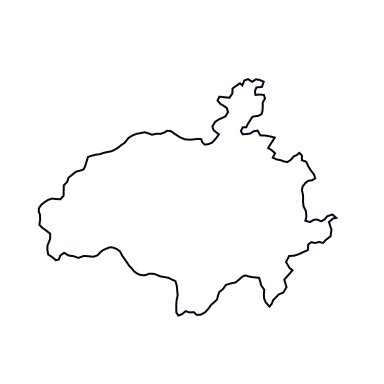 the district of Botelhos, Minas Gerais, Brazil, rotated 192°
{"feature_id": "56859067B45420528650981", "entity_name": "Botelhos", "entity_type": "district", "adm_level": 2, "iso_a3": "BRA", "parent_name": "Brazil", "parent_adm1": "Minas Gerais", "projection": "albers", "projection_center": [-46.427, -21.65], "detail": "fine", "context": "isolated", "style": "outline", "palette": "ink", "viewbox_px": 384, "rotation_deg": 192, "n_neighbors": 0, "source": "geoboundaries", "source_scale": "gbopen_adm2", "svg_char_len": 3215}
<svg xmlns="http://www.w3.org/2000/svg" viewBox="0 0 384 384"><g transform="rotate(192 192 192)"><path d="M239.1,241.5L243.1,239.7L246.8,240.3L250.8,240.6L254.8,238.8L258.4,237.3L261.9,235.0L265.4,231.6L268.0,226.2L271.3,222.8L273.5,220.0L276.1,217.5L279.3,215.1L283.1,213.5L286.8,211.8L289.8,209.9L293.9,208.5L298.1,206.4L301.1,204.5L301.5,199.2L301.9,194.7L302.8,191.5L305.8,189.7L309.6,187.8L312.6,184.2L315.8,180.2L316.2,175.9L318.8,171.9L317.7,166.1L316.8,161.7L319.3,157.5L324.1,156.8L327.8,156.4L331.3,154.2L334.5,151.0L336.8,148.1L338.4,144.4L337.8,141.0L336.0,138.3L334.8,133.6L334.5,128.2L331.0,125.9L325.8,123.6L322.0,121.6L321.0,116.4L321.7,112.8L322.2,109.4L321.5,105.5L319.7,101.0L314.2,98.8L311.0,96.9L308.2,98.3L307.6,102.5L304.5,105.9L299.2,104.2L294.3,104.6L289.4,103.9L284.5,107.0L280.0,107.6L274.8,108.2L271.2,110.5L269.2,113.9L266.9,116.7L263.3,119.3L260.5,121.0L257.0,121.2L253.3,120.4L250.0,118.9L247.0,115.1L244.2,112.6L240.9,109.5L238.0,106.7L235.5,105.1L232.0,102.2L228.3,100.7L224.4,100.1L220.4,100.9L217.0,103.1L212.7,104.0L209.5,103.7L205.7,102.9L201.7,103.0L197.3,103.2L193.5,102.2L189.7,101.4L187.4,97.2L186.0,92.7L184.5,87.7L184.5,82.6L183.9,78.2L183.0,74.1L182.2,70.8L179.6,68.3L176.3,70.4L173.5,74.1L169.3,73.7L165.2,74.8L162.0,72.8L158.1,73.7L154.3,76.9L151.6,81.4L149.8,85.7L147.2,89.0L145.2,92.0L145.0,96.1L144.5,99.9L141.4,103.7L139.6,108.1L135.5,110.4L130.4,112.7L127.4,116.6L125.2,119.6L122.5,121.5L119.4,121.2L115.9,121.2L112.4,121.6L108.5,122.0L106.4,118.1L104.8,114.9L101.0,111.4L100.4,106.8L99.4,103.0L97.0,99.4L92.4,96.0L90.7,99.4L90.2,103.0L85.9,109.8L81.8,112.6L79.8,118.6L83.5,125.5L77.4,136.3L80.9,138.1L85.5,143.1L83.7,149.6L78.7,151.0L75.4,152.9L66.6,159.3L67.4,164.8L64.9,167.7L60.9,167.7L57.3,169.6L53.2,169.4L50.9,173.3L47.3,177.4L47.7,184.0L51.8,191.1L48.6,195.3L45.6,196.7L49.9,199.2L54.6,196.5L56.6,192.7L59.6,190.2L63.9,191.1L67.0,190.2L70.4,187.1L75.1,187.4L75.1,192.2L76.7,197.1L79.8,201.0L81.4,205.6L82.0,208.9L82.9,212.4L84.8,216.4L85.0,220.3L82.8,224.6L80.6,227.2L77.1,228.4L74.3,230.9L76.3,234.5L80.6,238.1L83.7,241.5L86.6,245.4L91.1,245.9L92.1,250.6L95.2,252.6L97.2,249.9L99.8,248.1L101.9,244.2L104.9,241.1L108.2,241.0L111.4,241.5L116.3,241.5L120.1,242.4L118.8,247.2L123.2,249.7L126.7,250.8L124.9,255.8L123.6,259.0L122.4,262.4L126.4,262.6L131.7,262.5L136.9,261.6L140.6,265.7L144.5,264.1L147.2,261.2L151.2,259.9L154.5,259.0L156.9,261.8L155.8,265.8L152.4,266.6L151.4,270.5L150.1,273.9L148.7,278.0L145.8,279.3L142.9,280.3L140.2,282.6L139.9,285.9L140.5,289.8L141.4,294.2L140.1,298.6L141.7,301.8L145.7,301.5L150.1,300.2L151.4,303.5L150.8,307.6L145.4,309.4L144.8,314.8L149.2,315.7L152.9,315.5L156.0,312.3L160.6,314.1L164.1,311.8L164.9,306.7L167.7,308.3L171.2,304.6L173.9,301.6L173.0,296.7L175.0,292.0L180.2,291.4L185.0,290.9L186.1,286.8L182.5,284.0L179.5,283.1L175.4,281.4L173.4,277.5L175.0,272.9L177.9,270.7L180.7,268.7L183.9,265.5L185.7,260.3L183.9,257.2L181.0,255.5L177.7,254.0L179.0,250.9L180.8,247.5L182.4,244.7L185.7,242.3L189.4,241.0L192.2,242.7L194.0,245.6L197.3,245.2L200.7,244.0L204.2,242.9L209.7,242.0L214.8,242.9L220.8,245.2L225.5,247.2L229.0,246.7L231.5,244.4L234.7,242.4L239.1,241.5Z" fill="none" stroke="#020617" stroke-width="2"/></g></svg>